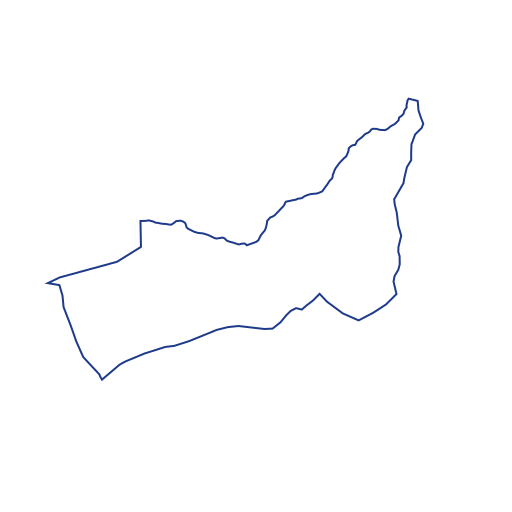 Ag Geneina, Western Darfur, Sudan, rotated 70°
{"feature_id": "16777658B14333470072302", "entity_name": "Ag Geneina", "entity_type": "district", "adm_level": 2, "iso_a3": "SDN", "parent_name": "Sudan", "parent_adm1": "Western Darfur", "projection": "equal_earth", "projection_center": [22.252, 13.37], "detail": "fine", "context": "isolated", "style": "outline", "palette": "blue", "viewbox_px": 512, "rotation_deg": 70, "n_neighbors": 0, "source": "geoboundaries", "source_scale": "gbopen_adm2", "svg_char_len": 3067}
<svg xmlns="http://www.w3.org/2000/svg" viewBox="0 0 512 512"><g transform="rotate(70 256 256)"><path d="M339.8,137.0L327.1,135.5L322.3,132.7L317.6,127.0L313.0,123.8L305.2,121.1L300.9,120.9L296.3,119.1L286.6,112.6L276.0,111.9L263.4,108.9L255.0,108.0L250.0,106.8L238.0,92.5L234.0,90.3L224.1,83.8L219.0,77.4L211.3,74.6L204.2,71.7L196.2,64.9L192.3,56.5L189.0,53.6L181.0,53.7L174.7,53.5L166.3,51.2L165.5,51.1L164.8,52.2L164.3,52.9L160.4,58.7L161.1,59.7L161.9,60.6L162.6,61.0L162.8,61.1L163.0,61.2L163.7,61.6L163.9,61.8L164.7,62.3L166.1,63.1L166.6,63.3L167.8,63.5L168.0,63.7L169.2,65.5L170.4,67.1L170.6,67.2L171.0,67.4L171.2,67.6L172.8,68.7L174.0,71.0L174.7,73.6L175.0,74.3L175.4,74.5L177.0,75.5L177.3,75.7L178.5,78.2L179.5,80.7L179.8,82.6L180.0,84.4L180.5,86.1L181.4,88.4L181.9,91.4L181.0,93.7L179.7,96.7L177.9,99.0L176.4,102.7L176.6,104.5L177.9,106.4L178.6,108.9L178.6,111.0L179.0,112.4L179.8,114.0L180.7,116.1L181.5,118.8L182.6,121.8L184.1,123.2L185.5,124.8L185.0,126.7L185.3,129.4L186.5,132.0L188.5,132.9L190.5,134.5L193.2,137.1L194.2,139.8L197.0,145.6L198.9,148.4L200.9,151.4L202.5,153.0L204.7,154.8L205.8,155.9L205.9,156.0L208.1,157.1L209.2,158.1L209.9,159.7L210.3,160.7L210.8,161.4L211.7,162.7L213.4,164.9L214.4,166.5L217.9,171.6L218.1,174.5L218.1,177.5L217.4,180.0L216.5,183.7L216.3,186.7L216.5,190.3L217.3,193.0L217.0,194.8L216.5,196.9L216.7,199.2L216.0,203.3L216.0,204.0L215.2,209.1L216.0,210.5L217.4,211.6L218.7,213.5L220.6,217.4L221.8,219.7L223.2,222.7L224.1,224.4L224.6,226.6L224.7,229.5L225.3,230.6L225.9,231.7L226.0,232.0L226.2,232.3L226.8,233.5L228.3,234.2L229.6,235.0L230.7,235.6L231.6,236.2L232.0,236.5L232.4,236.8L233.8,237.8L235.2,239.3L236.5,241.6L237.3,243.0L238.5,244.8L240.0,246.3L240.4,246.7L242.1,248.5L242.6,250.4L242.8,250.9L242.8,253.1L242.8,255.5L242.8,257.5L242.8,259.6L242.8,261.0L241.2,261.7L240.4,262.4L239.9,264.0L239.6,265.2L239.5,265.6L239.5,266.4L239.3,268.2L235.7,272.8L233.5,276.0L231.4,278.3L228.7,279.5L227.3,281.1L226.1,287.1L225.1,288.7L223.2,290.6L222.2,291.5L220.1,293.6L218.4,295.7L216.7,298.0L215.3,300.9L213.9,303.5L211.8,306.1L209.6,308.2L206.9,310.7L205.3,311.4L203.8,311.3L202.1,311.2L200.5,311.4L198.6,312.8L198.1,313.5L197.6,314.1L196.9,315.1L196.5,316.8L195.9,319.0L196.8,321.6L197.6,324.8L196.9,326.6L195.0,329.9L193.9,332.5L193.6,333.1L192.8,334.5L191.3,336.9L191.1,337.3L190.4,338.9L189.5,339.7L188.5,340.7L187.9,341.6L187.1,342.8L186.8,343.3L185.9,344.4L185.5,346.5L185.4,347.2L184.8,349.0L184.2,350.7L183.6,352.6L208.1,361.0L213.9,388.5L209.0,447.8L210.3,460.9L216.1,450.7L227.1,451.4L238.3,454.3L258.0,453.9L274.9,454.1L291.9,452.9L313.9,443.6L314.1,443.6L315.1,443.7L316.9,443.5L319.5,443.0L311.5,421.5L310.9,418.1L310.4,414.1L309.5,394.1L310.4,372.5L312.5,363.5L313.1,347.8L312.0,318.2L313.2,306.8L315.7,296.8L316.2,295.6L327.5,273.0L329.9,265.2L326.6,255.5L322.2,248.1L319.5,242.3L318.7,236.2L322.0,231.3L319.8,225.6L317.3,217.6L313.3,209.2L323.4,204.8L327.9,201.8L331.4,199.5L339.6,194.1L351.6,181.6L351.3,179.2L349.4,165.1L346.0,150.4L339.8,137.0Z" fill="none" stroke="#1e3a8a" stroke-width="2"/></g></svg>